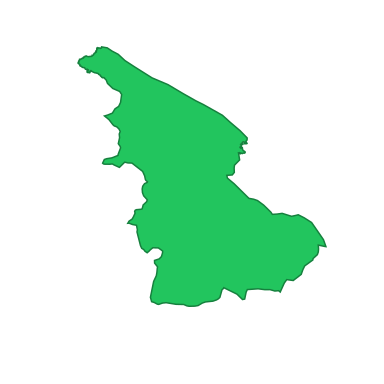 Kalehe, Sud-Kivu, Democratic Republic of the Congo (Equal Earth projection), rotated 285°
{"feature_id": "63176286B48907865482387", "entity_name": "Kalehe", "entity_type": "district", "adm_level": 2, "iso_a3": "COD", "parent_name": "Democratic Republic of the Congo", "parent_adm1": "Sud-Kivu", "projection": "equal_earth", "projection_center": [28.9, -2.034], "detail": "fine", "context": "isolated", "style": "filled", "palette": "green", "viewbox_px": 384, "rotation_deg": 285, "n_neighbors": 0, "source": "geoboundaries", "source_scale": "gbopen_adm2", "svg_char_len": 5614}
<svg xmlns="http://www.w3.org/2000/svg" viewBox="0 0 384 384"><g transform="rotate(285 192 192)"><path d="M308.8,67.3L308.6,67.4L307.9,67.3L307.9,67.2L307.7,67.2L307.6,66.9L307.3,66.8L307.1,66.5L307.3,66.3L307.2,65.7L307.1,65.3L306.9,65.0L307.1,64.6L306.9,64.4L306.9,64.2L306.7,63.8L306.9,63.5L306.7,63.4L306.4,63.5L306.4,63.3L306.5,63.1L306.4,62.8L306.1,62.8L305.6,63.3L305.2,63.4L305.0,63.1L304.6,63.2L304.0,63.2L303.6,62.9L303.5,62.7L303.2,62.7L303.2,63.2L302.5,63.4L301.8,62.4L301.6,62.5L301.4,62.4L301.4,62.5L300.9,62.1L300.7,62.0L300.6,61.8L300.4,61.9L300.3,61.7L299.7,61.3L299.2,61.4L298.7,61.3L298.5,61.0L298.2,60.1L297.6,60.3L297.2,60.2L296.9,59.6L296.9,59.2L296.6,58.7L296.6,58.3L296.3,58.1L296.1,57.3L296.0,57.2L295.9,56.9L295.8,56.5L295.9,56.3L295.9,56.0L295.8,55.5L295.8,55.2L295.9,54.9L296.0,54.7L295.8,54.6L295.7,53.9L295.5,53.6L295.2,53.6L295.0,53.4L294.7,53.4L294.4,53.1L294.3,52.5L294.1,52.5L294.1,52.3L293.9,52.2L293.8,52.3L293.7,52.3L293.4,52.4L293.2,52.4L292.9,52.0L292.9,51.8L292.9,51.5L292.8,51.3L292.3,51.2L292.2,51.1L292.0,50.6L291.6,50.3L291.5,50.0L291.4,50.0L291.4,49.9L291.3,49.5L291.2,49.3L291.1,49.0L290.9,49.0L290.7,49.1L290.1,49.2L289.9,49.0L289.7,49.2L289.4,49.0L288.9,48.6L288.4,48.9L288.3,49.1L288.1,49.1L287.9,49.0L287.6,48.6L287.1,48.5L286.7,49.0L286.7,49.3L286.5,49.6L286.3,49.9L286.3,50.5L286.1,50.7L285.9,50.9L285.7,50.9L285.4,50.9L285.3,51.0L285.0,51.0L284.9,51.3L284.8,51.5L284.9,51.9L284.8,52.4L284.7,52.4L284.7,52.7L284.4,53.1L284.3,53.4L284.1,53.6L284.2,54.0L284.0,54.4L284.1,55.3L284.2,55.5L284.3,55.8L284.2,56.2L283.9,56.5L283.6,56.6L283.2,57.0L283.1,57.4L283.0,57.5L283.1,58.2L283.2,58.5L283.4,58.7L283.5,59.2L283.4,59.3L283.1,59.2L282.8,58.8L282.6,59.1L282.6,59.5L283.0,60.0L283.1,60.3L282.9,60.4L282.4,59.9L281.9,60.0L281.5,59.5L281.5,59.4L281.4,59.4L281.1,59.5L281.2,59.8L280.8,59.7L280.8,59.8L280.7,59.8L280.4,60.3L280.6,60.8L280.6,61.2L280.6,61.6L280.8,61.8L280.7,61.9L280.6,62.2L280.7,62.4L280.9,62.5L281.0,62.5L281.2,62.3L281.5,62.0L281.8,62.2L282.1,62.7L282.3,62.5L283.0,62.7L283.0,62.8L283.1,63.1L283.0,63.3L282.8,63.4L282.6,63.6L282.5,64.8L282.4,65.2L282.2,65.4L282.2,66.0L282.0,66.9L282.0,67.1L282.1,67.6L282.1,68.4L282.2,68.5L282.1,69.6L282.2,70.2L282.2,70.5L281.9,71.2L281.5,71.3L281.4,71.6L281.2,72.9L281.1,73.1L280.9,73.1L280.8,73.3L280.8,73.5L280.7,73.6L280.4,73.6L280.0,74.3L280.0,74.6L279.9,74.8L279.5,75.1L279.4,75.7L279.2,75.9L279.2,76.0L279.5,76.8L279.7,77.1L279.6,77.7L279.5,77.9L279.4,77.9L279.4,77.6L278.0,80.1L275.0,82.3L271.5,88.7L270.4,96.1L268.0,98.8L260.0,99.8L255.7,99.0L252.4,96.1L247.6,94.7L244.5,90.6L242.8,87.8L240.4,93.1L236.5,98.2L235.7,99.8L235.5,102.4L234.0,105.1L231.9,107.0L229.2,106.7L225.7,108.0L219.6,108.3L217.4,110.9L216.1,111.6L209.2,110.9L208.2,111.1L204.2,105.7L202.1,101.0L200.7,98.9L196.7,98.2L196.2,99.2L196.3,100.6L197.5,105.2L198.5,107.9L198.0,109.5L197.0,115.5L203.4,119.3L203.5,122.6L204.4,126.5L199.1,139.0L195.3,142.1L191.9,143.8L191.2,144.6L190.4,146.3L189.6,146.2L187.8,144.0L184.8,142.9L182.0,143.1L178.6,144.3L175.8,146.3L172.9,150.8L170.9,150.7L166.9,148.2L162.8,148.2L162.2,147.4L160.5,142.8L159.7,141.9L158.5,141.6L156.8,142.5L152.7,141.8L150.4,141.2L147.5,138.7L145.2,138.1L145.6,139.2L145.2,143.0L145.5,147.0L141.4,149.0L139.2,149.2L126.9,156.1L124.6,158.0L123.9,160.3L122.6,161.9L121.7,164.4L123.7,165.8L125.4,166.7L128.0,168.6L129.3,174.0L127.4,178.9L125.6,179.3L121.7,179.2L118.9,177.6L116.2,173.5L113.6,174.3L110.8,178.1L109.4,178.2L105.3,178.9L101.9,179.2L95.7,178.1L79.5,179.1L75.6,181.4L75.5,184.2L74.7,187.5L74.8,188.9L77.1,192.3L78.4,195.7L79.4,205.7L81.2,213.1L80.7,216.6L80.9,218.9L82.5,224.3L83.9,227.3L87.4,230.7L89.3,233.5L92.0,240.5L94.1,243.6L95.5,245.0L97.4,246.2L105.5,246.3L106.8,247.3L107.8,247.5L105.0,261.8L101.2,268.6L102.2,270.6L109.3,270.2L112.1,270.7L112.8,272.8L115.6,280.9L116.5,287.5L117.9,292.6L117.8,297.7L119.1,301.2L118.2,303.1L127.9,304.7L131.9,306.2L132.7,312.7L140.7,318.8L145.7,319.2L149.8,320.0L157.6,326.3L159.1,326.2L163.9,329.3L166.7,329.5L169.7,329.0L173.4,327.7L173.8,334.9L173.9,335.5L180.0,331.3L193.5,315.4L196.1,307.1L197.5,300.5L196.4,298.6L194.3,294.5L194.7,284.6L192.7,279.9L191.2,275.4L193.0,273.3L197.9,264.6L200.7,257.5L201.0,253.5L200.6,248.6L210.9,230.5L214.5,222.7L217.1,221.3L218.9,226.5L221.9,227.8L226.0,226.5L228.9,226.1L235.3,229.7L241.8,226.8L241.8,227.1L242.0,227.3L242.3,227.5L242.3,228.1L242.0,228.4L241.4,228.6L241.4,228.8L241.8,229.0L242.2,229.1L242.3,229.4L242.2,229.7L242.1,229.9L242.1,230.6L242.6,231.1L242.8,231.3L242.9,231.6L243.1,232.5L243.3,232.5L243.4,232.8L243.6,232.8L243.8,233.1L244.4,233.0L244.6,232.7L245.0,232.1L245.0,231.3L245.2,230.8L245.5,230.6L245.9,230.0L246.2,229.8L246.5,229.8L247.1,229.4L247.4,229.3L247.6,229.3L247.9,229.1L247.9,228.9L247.9,228.6L247.7,228.4L247.3,228.4L246.9,227.9L247.0,227.7L247.2,227.4L247.2,227.2L247.6,226.8L247.9,226.8L248.1,227.0L248.5,227.6L248.9,227.8L249.1,227.9L249.3,227.7L249.4,227.4L250.1,227.4L250.5,227.0L250.7,226.7L251.0,227.0L251.0,227.4L250.8,227.9L250.8,228.0L250.9,228.3L250.9,228.5L251.1,228.8L251.5,228.7L251.6,228.0L251.8,227.6L252.0,227.7L252.2,227.8L252.5,227.7L253.0,227.9L253.3,228.3L253.8,228.4L253.8,229.3L253.7,229.7L253.6,230.0L253.3,230.1L252.8,229.9L252.4,229.9L252.2,230.1L252.2,230.4L252.4,230.5L252.4,231.2L252.5,231.4L252.8,231.5L252.9,231.9L252.8,232.3L253.1,232.6L253.8,232.0L254.5,231.1L254.7,230.9L256.5,231.7L258.5,231.3L263.7,222.5L269.3,210.7L274.0,201.5L279.4,180.4L281.1,172.0L284.7,158.1L289.5,141.0L291.9,123.9L298.0,104.2L301.6,93.2L305.9,85.1L307.4,78.4L309.3,72.8L308.8,67.3Z" fill="#22c55e" stroke="#15803d" stroke-width="1.5"/></g></svg>